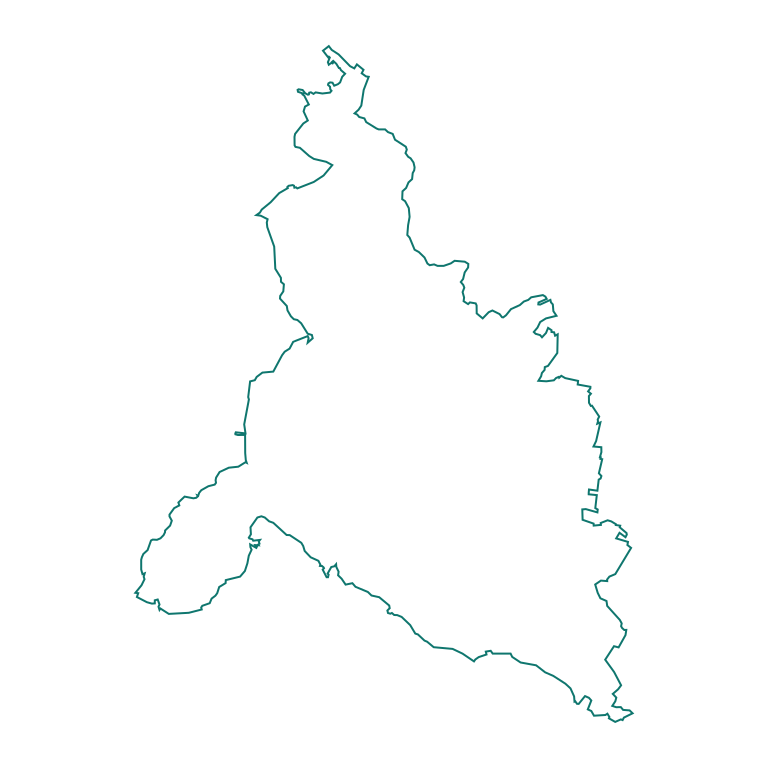 Aghiresu, Cluj, Romania (Mercator projection)
{"feature_id": "2599482B10502260282790", "entity_name": "Aghiresu", "entity_type": "district", "adm_level": 2, "iso_a3": "ROU", "parent_name": "Romania", "parent_adm1": "Cluj", "projection": "mercator", "projection_center": [23.266, 46.881], "detail": "fine", "context": "isolated", "style": "outline", "palette": "teal", "viewbox_px": 768, "rotation_deg": 0, "n_neighbors": 0, "source": "geoboundaries", "source_scale": "gbopen_adm2", "svg_char_len": 6073}
<svg xmlns="http://www.w3.org/2000/svg" viewBox="0 0 768 768"><path d="M632.6,713.3L629.6,710.4L623.1,709.9L620.8,707.1L616.2,707.2L612.3,705.9L615.3,701.3L616.3,697.6L612.8,693.9L618.1,689.3L621.1,685.3L614.1,672.0L605.2,659.7L614.0,646.2L618.6,647.4L625.5,635.1L626.3,629.9L624.3,630.0L622.1,628.0L621.1,626.2L621.7,623.4L619.8,619.9L607.2,605.9L606.5,601.0L600.4,598.3L597.7,592.8L595.2,584.5L600.9,580.6L607.2,581.1L607.1,579.5L609.4,576.6L615.3,574.1L631.1,547.9L627.4,545.0L628.0,541.9L616.2,538.4L619.5,532.8L625.5,537.2L626.8,534.6L626.5,533.0L619.7,527.3L620.2,525.7L615.8,525.0L615.9,524.2L611.3,521.4L607.6,520.3L600.7,523.0L600.9,524.9L593.7,525.6L593.6,523.6L582.6,519.8L582.3,509.4L585.8,509.1L597.4,512.4L597.7,509.5L595.3,508.1L596.8,495.1L588.7,494.3L588.7,492.9L589.0,489.5L597.4,490.7L598.7,479.6L600.6,478.5L601.4,476.0L598.9,473.3L602.2,459.2L600.4,458.9L600.7,457.4L599.9,457.3L601.4,452.1L601.3,447.2L593.5,446.5L596.1,441.1L600.4,422.4L597.3,423.7L598.0,421.3L597.7,419.5L599.2,416.6L592.0,405.7L590.8,405.9L589.0,402.8L588.9,396.0L590.9,393.7L588.1,391.4L590.4,388.2L590.4,386.8L577.7,384.5L578.1,380.9L565.2,378.1L561.3,375.8L559.1,377.8L558.7,376.9L556.1,378.0L553.9,380.3L546.4,381.3L538.4,380.8L541.1,376.3L541.9,373.0L544.6,369.9L544.8,367.1L548.0,365.9L557.3,353.0L557.7,334.3L555.1,335.7L554.1,332.3L551.5,332.0L551.5,330.2L548.1,327.9L546.0,333.0L542.0,337.3L540.1,335.1L535.6,333.8L533.8,332.0L537.5,327.6L540.2,322.0L546.0,318.4L556.5,315.8L553.4,311.2L552.8,304.4L551.0,302.4L550.4,299.9L540.1,304.6L538.3,304.4L538.5,302.5L546.7,298.9L545.4,296.6L542.9,295.1L531.2,297.3L528.3,299.9L523.9,301.5L519.8,305.1L511.0,309.1L506.0,315.3L503.2,317.4L502.0,317.2L499.6,314.1L492.4,310.5L488.7,312.2L482.7,318.4L476.7,313.4L476.6,305.4L475.7,303.4L469.9,302.4L468.1,304.1L463.6,301.2L464.1,297.5L462.6,292.1L464.3,287.7L463.3,285.0L460.8,282.0L463.1,279.0L464.7,272.4L468.1,267.5L468.3,263.9L464.8,261.7L454.6,260.8L450.8,263.4L443.6,265.9L437.6,265.9L434.1,264.4L429.7,265.2L427.4,263.5L424.5,257.5L418.8,252.0L414.6,249.7L409.6,237.6L407.3,235.0L408.1,225.2L409.6,216.9L408.8,208.1L405.1,201.2L402.2,199.2L402.5,191.3L406.1,188.0L408.5,182.4L412.1,179.1L412.7,173.1L414.2,170.3L414.6,167.3L413.5,162.5L410.6,158.3L408.2,156.8L405.5,153.1L406.8,149.6L405.8,146.7L395.0,139.7L392.7,133.9L388.0,132.1L385.1,129.4L378.7,129.4L376.5,128.5L366.2,122.1L364.4,118.4L359.2,117.0L357.2,114.6L354.6,113.4L358.6,109.7L361.3,105.6L363.7,89.9L368.7,76.8L366.0,76.4L361.7,73.3L363.5,69.8L356.9,64.4L354.3,68.4L350.1,66.2L338.6,54.4L331.7,49.9L328.8,46.1L323.0,50.7L328.2,57.4L328.9,56.7L329.8,57.5L327.9,62.2L328.8,64.7L331.3,62.9L332.6,63.4L333.2,62.6L332.2,61.8L333.2,60.9L336.3,63.8L338.9,68.0L339.8,68.0L341.0,70.2L345.1,73.7L342.2,76.8L340.1,82.4L337.9,84.2L334.2,85.7L332.5,82.7L330.1,82.4L328.4,83.4L328.0,84.9L330.0,86.7L330.3,89.4L331.5,90.8L330.0,92.6L322.4,93.5L315.6,92.4L313.5,93.9L310.9,92.3L309.2,92.7L308.9,94.4L307.9,94.7L305.3,93.3L302.6,90.0L298.6,89.3L297.6,89.9L298.0,91.8L303.3,93.6L302.6,94.5L304.2,95.6L308.8,104.5L305.0,106.6L303.6,111.4L307.8,120.5L303.3,123.5L295.1,133.9L294.5,136.8L294.6,145.4L295.5,146.9L299.9,147.8L309.2,156.0L313.8,158.9L326.2,161.8L332.3,165.1L323.6,175.5L313.7,182.0L297.3,188.4L296.0,187.3L294.4,187.7L294.0,185.7L292.7,185.1L288.6,185.8L287.3,187.1L287.8,188.1L279.2,193.1L270.7,202.2L261.7,209.6L259.9,212.6L256.4,215.1L260.7,215.7L267.6,219.2L266.8,222.5L267.3,227.2L274.2,246.6L275.3,268.8L280.9,277.8L281.0,281.8L283.9,284.3L283.3,291.4L280.2,295.9L280.0,298.6L286.8,306.0L287.5,310.4L290.9,316.3L293.8,319.2L297.4,320.0L301.2,323.3L307.7,333.7L311.9,335.0L312.7,338.3L307.7,342.7L308.6,338.2L307.7,336.1L293.2,341.8L289.6,348.6L284.7,351.7L282.1,355.2L273.3,371.6L262.4,372.6L256.7,376.9L254.8,380.2L250.1,381.4L248.2,397.1L248.9,399.4L244.2,424.4L245.5,433.4L235.8,432.3L235.3,433.5L235.4,434.3L237.9,435.0L245.1,434.9L245.2,453.1L245.8,460.2L246.7,462.8L245.5,462.2L238.3,466.7L228.8,467.7L219.6,472.0L216.1,477.6L215.6,480.2L216.0,482.8L214.7,484.6L208.4,486.2L201.3,490.2L199.2,492.8L198.2,495.7L197.4,495.4L197.9,496.3L196.2,497.8L193.4,498.3L184.6,496.6L178.4,502.5L179.3,505.4L174.2,508.1L169.5,514.6L169.5,516.4L171.8,520.7L170.1,525.6L165.1,530.5L165.0,532.3L163.6,535.1L160.5,538.3L157.0,539.8L152.7,539.6L151.0,540.5L147.6,550.1L143.4,553.9L141.9,557.2L141.2,559.7L141.2,569.5L142.5,574.2L144.7,573.3L143.7,576.8L144.5,579.2L141.5,585.3L135.4,592.8L138.2,593.2L136.9,597.0L146.9,602.2L151.9,603.6L154.8,603.4L154.8,600.3L157.7,599.5L159.5,604.5L158.5,606.7L159.5,609.9L160.4,608.5L168.8,613.9L188.8,612.8L201.7,609.5L201.2,607.5L202.3,605.8L209.7,603.2L211.6,598.6L215.4,595.7L217.2,593.2L219.2,587.0L225.6,583.1L225.8,580.1L240.1,576.6L244.9,571.0L247.4,563.3L248.8,555.7L251.6,549.7L250.4,547.1L250.2,544.4L256.3,547.9L257.1,546.2L256.0,546.4L255.2,545.1L258.6,545.3L258.1,544.6L259.5,543.7L258.8,541.5L260.0,539.9L253.2,540.7L252.5,539.3L249.3,538.4L248.8,537.7L250.9,534.3L250.5,527.3L257.4,517.5L261.4,516.3L264.8,517.5L269.1,521.3L273.3,522.8L286.6,535.0L289.7,535.1L301.3,542.8L303.2,546.0L304.7,551.0L310.7,557.3L318.4,560.8L320.4,564.7L320.0,565.9L322.0,566.0L323.6,567.4L324.0,568.2L322.7,569.6L326.6,577.2L328.0,577.2L328.6,574.6L327.6,573.6L331.3,567.0L334.3,566.3L336.1,564.2L336.3,566.9L338.6,571.7L338.1,575.3L341.6,578.7L345.6,584.6L352.4,583.2L355.5,586.8L367.9,592.0L371.5,595.5L379.2,597.2L389.2,605.5L389.7,608.2L387.4,610.5L388.0,613.0L390.3,613.7L391.9,613.0L394.2,615.0L397.2,615.1L401.6,616.9L410.2,625.1L415.3,633.6L417.9,634.4L424.5,640.6L427.1,641.7L433.7,647.2L452.6,648.9L462.5,653.6L474.0,661.4L475.3,659.5L478.7,657.1L486.5,654.5L485.8,651.6L490.7,650.8L492.7,653.6L510.6,653.6L512.2,656.9L520.6,662.5L536.1,665.3L545.1,672.3L553.3,675.9L565.4,683.7L570.5,688.4L574.1,696.4L574.5,701.6L575.2,701.2L577.0,703.8L578.7,703.9L585.0,696.1L588.9,697.8L591.3,700.5L587.8,709.4L591.3,711.0L594.0,715.7L605.4,715.0L607.4,713.7L609.4,717.0L608.9,718.3L615.2,721.9L620.9,719.4L622.6,720.1L623.9,717.6L632.6,713.3Z" fill="none" stroke="#0f766e" stroke-width="2"/></svg>